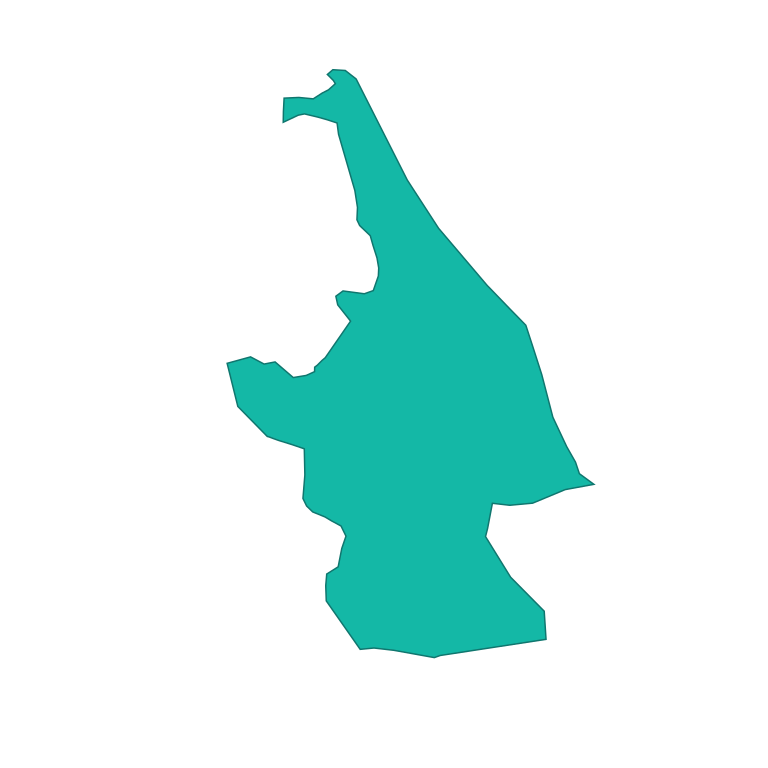 the district of Andoni, Nigeria, rotated 242°
{"feature_id": "59680162B90577513466378", "entity_name": "Andoni", "entity_type": "district", "adm_level": 2, "iso_a3": "NGA", "parent_name": "Nigeria", "parent_adm1": "", "projection": "mercator", "projection_center": [7.441, 4.514], "detail": "fine", "context": "isolated", "style": "filled", "palette": "teal", "viewbox_px": 768, "rotation_deg": 242, "n_neighbors": 0, "source": "geoboundaries", "source_scale": "gbopen_adm2", "svg_char_len": 1322}
<svg xmlns="http://www.w3.org/2000/svg" viewBox="0 0 768 768"><g transform="rotate(242 384 384)"><path d="M196.9,522.2L213.1,514.4L225.1,516.4L242.9,515.9L275.4,517.5L318.2,527.7L347.6,533.0L369.3,536.8L387.1,531.6L390.5,530.6L419.1,522.4L422.4,521.4L455.7,514.1L495.8,505.3L553.2,500.3L666.4,502.6L679.0,497.0L685.5,486.4L683.9,479.3L675.7,481.8L672.0,482.0L669.8,473.1L669.9,466.0L669.0,455.4L677.0,443.3L683.3,430.0L671.8,423.1L662.4,417.9L661.6,434.5L659.8,440.6L650.8,450.8L643.9,458.0L636.5,465.1L625.8,461.1L568.5,449.1L552.4,443.5L541.7,437.2L535.3,436.9L521.4,441.5L511.7,439.4L498.6,437.0L488.9,433.8L482.0,429.7L471.5,418.4L472.9,409.0L485.4,391.5L484.1,382.7L475.6,380.3L455.2,384.0L434.8,344.5L433.9,340.4L431.9,333.9L431.4,330.7L427.5,328.5L428.1,319.3L432.3,306.9L454.6,298.2L457.9,287.5L470.6,278.9L475.9,255.2L432.8,244.4L392.5,256.3L391.1,257.8L388.1,260.4L383.5,264.6L373.4,274.6L364.2,283.2L340.8,271.4L321.0,258.7L312.6,258.4L304.5,261.0L294.3,269.5L287.5,273.6L278.8,279.4L267.5,279.0L258.6,269.5L244.1,257.7L243.1,244.2L242.3,243.7L233.3,237.9L219.6,231.2L160.9,238.4L155.6,251.2L144.3,267.6L118.8,300.0L117.9,306.2L82.5,407.2L108.2,418.8L153.9,405.1L201.6,402.0L207.9,407.7L227.8,423.7L217.9,438.1L209.0,459.3L205.7,494.4L196.9,522.2Z" fill="#14b8a6" stroke="#0f766e" stroke-width="1.5"/></g></svg>